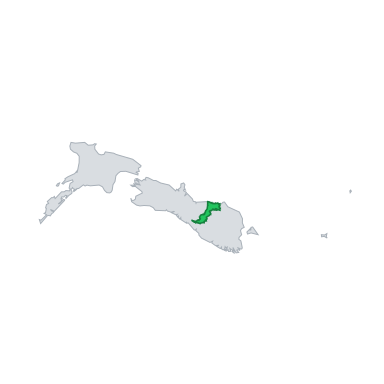 Waitaki District, Canterbury, New Zealand shown in context, rotated 256°
{"feature_id": "76426892B29825208127723", "entity_name": "Waitaki District", "entity_type": "district", "adm_level": 2, "iso_a3": "NZL", "parent_name": "New Zealand", "parent_adm1": "Canterbury", "projection": "mercator", "projection_center": [170.369, -44.682], "detail": "fine", "context": "in_parent", "style": "filled", "palette": "green", "viewbox_px": 384, "rotation_deg": 256, "n_neighbors": 0, "source": "geoboundaries", "source_scale": "gbopen_adm2", "svg_char_len": 7903}
<svg xmlns="http://www.w3.org/2000/svg" viewBox="0 0 384 384"><g transform="rotate(256 192 192)"><path d="M203.0,143.5L204.5,143.5L210.7,138.7L213.2,137.7L213.9,137.6L212.5,139.0L212.8,140.1L211.4,143.3L212.6,142.8L213.4,140.5L214.2,140.1L213.9,138.8L217.6,139.2L216.3,141.5L214.3,142.8L215.6,143.0L218.4,140.6L218.4,142.0L214.7,145.9L215.8,148.1L214.9,149.9L215.9,149.6L217.3,151.0L216.5,152.8L212.5,157.4L211.9,159.7L208.3,163.8L204.3,171.5L197.0,176.4L198.4,177.8L195.8,179.7L197.9,179.3L199.3,182.3L202.5,183.2L202.8,186.1L200.7,186.9L198.6,185.6L195.5,186.1L196.5,184.9L195.3,184.1L193.0,186.5L189.8,183.7L191.6,187.0L185.2,190.7L182.6,191.0L181.6,193.1L180.1,193.2L181.0,193.9L179.0,204.4L177.1,204.3L178.8,205.5L178.5,206.6L176.4,209.6L173.5,217.8L174.6,219.7L174.4,221.1L169.0,223.2L161.1,233.1L153.9,234.5L149.8,233.4L145.1,234.1L144.4,231.2L142.8,229.7L138.5,229.8L136.6,226.7L134.8,226.0L132.7,227.6L126.1,227.3L124.9,226.8L124.7,225.7L127.2,222.6L124.9,224.3L123.9,224.1L124.9,222.7L124.8,221.4L122.0,222.7L122.3,220.0L128.3,218.3L125.9,218.1L125.7,217.1L128.1,215.1L125.0,215.3L125.5,213.0L127.2,213.0L126.6,211.3L130.1,213.0L129.7,211.4L131.0,210.9L128.6,209.7L128.5,208.0L129.8,206.8L131.4,207.3L130.3,205.8L133.2,202.9L133.9,205.2L134.2,201.9L137.8,198.9L139.3,200.1L138.7,197.3L144.9,190.1L148.4,188.3L150.3,188.6L153.5,186.4L154.9,187.2L154.3,185.7L154.8,184.9L162.9,180.9L162.9,179.6L163.8,179.4L163.2,179.0L167.9,174.6L169.8,174.9L168.6,173.7L170.5,172.5L172.4,173.4L171.3,172.0L173.1,171.2L173.9,172.4L174.0,170.6L176.8,167.2L177.3,169.9L177.6,169.6L177.5,166.8L179.5,163.5L181.0,162.9L180.2,161.9L183.1,151.9L186.1,150.7L188.8,147.7L190.5,142.2L191.1,138.1L192.7,135.0L197.2,131.1L200.9,131.1L198.4,131.5L198.0,133.5L198.8,135.3L201.5,136.5L203.0,143.5ZM201.2,38.7L205.1,45.4L207.1,43.3L207.4,44.9L211.3,46.7L212.0,46.1L215.1,47.8L215.6,50.1L217.8,49.3L220.5,54.4L220.1,55.7L221.0,57.4L218.7,57.6L223.7,65.4L223.1,68.1L223.9,70.0L222.7,73.5L224.8,74.5L225.5,73.7L229.8,75.8L230.8,79.1L232.7,79.0L232.1,71.2L230.8,69.1L231.7,67.9L234.4,72.0L235.6,71.9L236.8,75.3L238.2,82.6L239.9,84.9L239.0,84.5L238.8,85.2L239.7,85.8L247.8,89.6L253.9,91.2L257.4,89.7L259.5,86.8L262.9,84.4L266.1,84.6L269.4,86.6L267.6,90.7L266.1,99.9L262.5,102.6L261.7,107.3L262.4,109.2L261.7,110.7L260.2,108.7L257.0,108.1L251.5,110.5L250.0,112.8L249.8,115.7L251.9,117.6L248.6,125.4L246.8,127.5L238.1,142.4L229.9,148.9L228.8,148.3L228.1,145.7L224.7,145.8L224.9,142.9L224.5,142.5L223.1,144.2L221.6,143.6L228.1,132.8L229.2,127.5L228.0,124.7L226.2,122.1L220.8,119.8L218.2,117.1L213.1,115.0L211.6,113.7L211.0,112.0L212.0,109.2L214.7,107.5L218.7,106.4L221.2,103.6L222.6,94.8L224.1,91.7L223.7,89.7L225.2,88.3L222.8,82.8L223.3,81.1L222.5,80.9L221.0,77.4L221.9,77.3L222.9,79.2L223.7,77.6L225.2,77.2L223.4,75.0L221.2,75.7L219.7,75.0L218.5,71.7L216.2,68.2L216.9,68.0L218.8,69.8L219.4,68.4L218.2,66.4L218.7,64.3L217.1,63.2L217.0,64.5L214.3,62.5L212.8,59.3L212.9,61.0L215.9,65.7L215.1,66.6L214.5,66.1L206.7,53.8L209.3,50.4L207.7,51.1L206.2,53.2L205.5,52.3L205.0,50.7L203.1,48.7L203.9,47.5L204.0,45.9L198.0,37.5L202.2,37.2L201.2,38.7ZM139.9,235.6L142.2,239.4L141.0,239.1L141.0,239.9L143.4,240.7L143.4,242.4L134.6,245.8L138.0,239.4L137.8,235.7L139.9,235.6ZM118.2,310.2L119.0,312.8L116.1,311.5L114.6,312.0L116.9,309.6L117.2,306.9L119.3,307.2L118.2,310.2ZM232.4,63.4L232.9,65.7L230.3,64.0L230.2,62.7L230.9,61.9L232.4,63.4ZM212.8,136.7L211.2,137.7L211.6,135.6L213.4,134.3L212.8,136.7ZM125.1,217.3L124.9,218.6L122.5,218.1L124.4,216.6L125.1,217.3ZM154.9,345.4L155.5,346.4L154.2,346.8L153.0,345.3L154.9,345.4ZM128.0,209.0L128.5,211.1L126.9,210.1L128.0,209.0Z" fill="#d9dde1" stroke="#a8b0b8" stroke-width="1"/><path d="M161.2,188.1L161.3,188.3L161.2,188.4L161.4,188.7L161.3,188.8L161.4,189.0L161.5,189.3L161.2,189.5L161.1,189.4L161.0,189.5L161.0,189.8L160.8,189.9L160.7,190.0L160.8,190.2L160.8,190.3L160.7,190.3L160.5,190.5L160.5,190.8L160.3,190.8L160.3,191.0L160.0,191.3L159.9,191.6L159.7,191.7L159.7,191.8L159.6,192.0L159.4,192.2L159.3,192.3L159.4,192.6L159.7,192.8L159.8,193.0L159.7,193.5L159.7,193.8L159.7,194.0L159.7,194.4L159.8,194.5L159.6,194.8L159.6,195.1L159.5,195.4L159.6,195.5L159.4,195.8L159.5,196.2L159.3,196.4L159.5,196.5L159.9,196.6L160.1,196.6L160.4,196.6L160.5,196.7L160.5,196.8L160.5,197.2L160.5,197.3L160.5,197.5L160.6,197.8L160.8,197.9L160.7,198.1L160.6,198.3L160.6,198.5L160.5,198.9L161.0,198.9L161.1,199.0L161.4,199.0L161.4,198.9L161.5,198.5L161.6,198.4L161.8,198.7L161.8,199.0L162.0,199.2L161.9,199.3L161.9,199.7L162.5,200.0L162.9,200.2L163.6,199.7L164.2,199.9L164.5,200.9L164.6,201.5L164.7,202.0L164.8,202.2L164.9,202.6L164.9,202.9L165.1,203.2L165.2,203.4L165.3,203.4L165.3,203.6L165.7,203.9L165.8,204.1L165.9,204.4L165.8,204.6L166.0,204.6L166.1,204.8L166.3,205.0L166.5,204.9L166.9,204.9L167.1,204.9L167.4,204.8L167.5,204.7L167.7,204.8L167.9,204.7L168.0,204.5L168.3,204.5L168.5,204.4L168.6,204.5L168.7,204.3L168.8,204.2L169.1,204.2L169.2,204.3L169.3,204.6L169.2,204.7L169.2,204.9L169.3,204.8L169.5,205.1L169.4,205.2L169.5,205.4L169.2,205.7L169.2,206.0L169.2,206.3L169.4,206.5L169.4,206.8L169.6,206.9L169.6,207.0L169.8,207.3L169.8,207.5L169.9,207.8L169.9,208.0L170.1,208.1L170.3,208.2L170.2,208.3L170.0,208.7L170.0,208.9L169.9,209.0L169.6,208.9L169.5,209.1L169.4,209.1L169.6,209.4L169.6,209.6L169.4,209.7L169.3,209.9L169.3,210.0L169.2,210.0L168.9,210.0L168.8,210.5L169.7,210.5L170.0,210.7L170.0,210.9L170.1,211.0L169.9,211.4L169.8,211.6L169.6,211.5L168.9,211.5L168.9,212.2L168.4,211.9L168.4,213.6L168.2,213.6L168.1,213.8L167.7,214.3L167.5,214.7L168.3,214.7L168.6,214.6L169.3,214.9L169.2,215.1L169.1,215.4L169.4,215.4L169.5,215.5L170.1,214.9L170.5,215.1L170.8,215.1L170.8,214.7L171.7,214.7L171.7,214.8L171.7,215.0L171.8,215.2L171.8,215.3L171.8,215.5L172.0,215.7L172.0,215.8L172.4,215.9L172.6,215.8L172.6,215.7L173.7,215.6L173.7,215.4L173.8,215.5L173.8,215.4L173.8,215.8L173.9,215.7L174.0,215.5L174.0,215.4L174.2,215.2L174.3,215.1L174.4,214.9L174.5,214.7L174.9,214.4L174.9,214.2L175.0,214.2L174.8,213.8L174.8,213.7L174.9,213.2L175.0,213.0L175.3,212.7L175.5,212.7L175.5,212.8L175.6,212.5L175.5,212.4L175.5,212.2L175.4,212.1L175.2,212.1L175.0,211.8L175.0,211.6L175.2,211.0L175.3,210.8L175.5,210.6L175.4,210.5L175.5,210.3L175.5,210.2L175.6,209.8L175.8,209.6L175.7,209.5L175.8,209.4L176.0,209.3L175.9,209.2L176.0,209.1L176.0,208.9L176.1,208.7L176.5,208.2L176.9,208.1L176.9,207.7L176.9,207.8L176.8,207.7L177.9,206.5L178.2,206.2L178.6,205.6L178.9,204.9L178.7,204.8L178.6,204.7L178.2,204.7L177.9,204.6L177.5,204.6L177.4,204.5L177.2,204.5L176.8,204.3L176.7,204.4L176.3,204.3L176.2,204.2L175.7,204.0L175.4,204.1L175.4,203.9L174.9,203.8L173.7,203.3L173.2,203.1L172.7,202.9L172.0,202.7L171.9,202.5L171.6,202.2L171.3,201.8L170.8,201.3L170.7,201.1L170.5,200.7L170.3,200.7L170.2,200.5L169.7,200.2L169.3,200.1L169.3,199.9L169.0,199.6L168.6,199.5L168.3,199.2L167.8,199.2L167.4,198.8L167.2,198.6L167.3,198.4L167.5,198.2L167.3,198.1L167.3,197.9L167.5,197.9L167.4,197.8L167.4,197.7L167.4,197.3L167.3,197.2L167.6,197.0L167.5,196.9L167.6,196.7L167.6,196.3L167.6,196.2L167.6,195.8L167.4,195.3L167.5,195.1L167.4,194.7L166.9,194.2L166.2,193.7L165.7,193.5L165.6,193.4L165.3,193.3L165.2,193.3L164.9,193.3L165.0,193.2L164.9,193.2L164.7,193.2L164.6,193.4L164.4,193.5L164.2,193.6L164.1,193.4L163.8,193.4L163.6,193.3L163.4,193.1L163.4,192.8L163.5,192.6L163.4,192.0L163.3,191.8L163.2,191.8L163.3,191.7L163.2,191.6L163.0,191.4L163.0,191.2L163.3,190.9L163.4,190.5L163.3,190.3L163.0,189.9L162.8,189.7L162.7,189.2L162.7,188.7L162.8,188.4L162.8,188.0L163.0,187.6L163.2,187.3L163.2,187.0L163.6,186.7L163.8,186.2L163.9,185.7L164.0,185.7L164.3,185.3L164.5,185.2L164.4,185.1L164.2,185.1L164.1,185.3L163.7,185.5L163.7,185.8L163.3,185.9L163.2,186.0L162.9,186.2L163.0,186.4L162.9,186.5L162.6,186.6L162.4,186.9L162.1,187.0L162.0,187.4L162.0,187.5L161.8,187.6L161.7,187.8L161.5,188.0L161.2,188.1Z" fill="#22c55e" stroke="#15803d" stroke-width="1.5"/></g></svg>